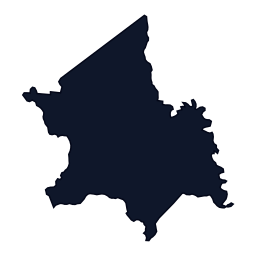 Fraiburgo, Santa Catarina, Brazil (Natural Earth projection)
{"feature_id": "56859067B37752043800288", "entity_name": "Fraiburgo", "entity_type": "district", "adm_level": 2, "iso_a3": "BRA", "parent_name": "Brazil", "parent_adm1": "Santa Catarina", "projection": "natural_earth1", "projection_center": [-50.848, -27.028], "detail": "fine", "context": "isolated", "style": "filled", "palette": "ink", "viewbox_px": 256, "rotation_deg": 0, "n_neighbors": 0, "source": "geoboundaries", "source_scale": "gbopen_adm2", "svg_char_len": 3635}
<svg xmlns="http://www.w3.org/2000/svg" viewBox="0 0 256 256"><path d="M226.5,181.1L224.9,180.2L222.4,180.0L219.5,178.7L218.6,174.5L220.9,172.9L223.6,172.1L223.2,169.0L220.8,167.4L218.4,166.4L216.4,165.4L215.5,162.8L213.2,160.9L211.8,158.2L211.1,155.5L212.1,153.4L214.0,153.5L214.2,150.9L215.9,152.0L217.5,153.3L218.5,150.4L216.3,148.1L216.3,145.3L213.9,143.7L212.8,140.9L213.2,136.8L212.9,134.1L212.0,132.4L210.0,133.2L207.5,132.6L205.8,131.7L204.1,130.9L201.9,130.0L203.1,127.9L205.6,127.0L208.1,126.5L210.1,126.0L210.7,123.8L211.3,121.3L209.3,119.9L207.0,119.8L205.1,119.3L203.6,118.2L202.6,116.6L201.4,114.7L203.0,111.7L204.9,110.4L204.9,108.3L202.6,107.0L200.1,107.4L198.6,108.3L196.9,109.5L194.9,108.7L195.9,106.8L195.9,104.1L194.9,101.6L193.3,99.6L191.6,100.3L192.2,103.0L193.0,105.8L191.4,106.8L189.7,106.4L187.9,104.4L185.7,102.9L182.9,102.6L184.4,104.6L184.8,106.8L182.8,106.5L180.9,106.8L181.9,109.6L179.5,110.4L177.1,111.1L178.1,114.0L175.7,115.9L172.9,117.1L170.7,117.6L170.1,115.0L170.2,112.5L171.2,110.2L173.1,109.2L172.4,106.7L170.2,105.2L167.8,105.0L165.0,105.0L162.6,104.5L162.7,101.3L160.4,101.0L157.4,100.5L158.0,98.0L157.9,95.0L157.9,91.9L156.8,90.3L155.3,88.6L153.9,85.9L151.9,84.5L151.8,82.3L151.1,80.4L150.8,78.1L150.9,74.9L150.6,71.9L152.0,70.0L151.1,66.4L149.9,63.7L148.3,62.8L146.7,61.6L145.2,59.6L144.9,57.1L144.0,54.7L143.2,52.2L143.8,49.6L145.1,47.8L146.1,44.9L147.0,42.1L148.3,40.4L148.4,37.8L147.0,35.5L146.4,32.3L147.6,29.8L147.8,27.1L147.5,24.8L147.1,22.7L146.8,20.5L146.5,16.7L144.4,15.4L60.8,78.4L58.8,81.7L60.1,84.4L62.1,86.7L60.5,92.9L50.5,91.8L50.5,94.7L37.1,93.6L36.3,90.9L34.7,87.9L32.5,87.3L30.5,89.3L30.1,93.0L27.0,92.9L24.2,92.9L22.8,95.0L24.9,97.8L27.1,100.8L29.5,101.5L32.3,100.1L35.7,101.9L36.7,105.4L39.4,106.9L41.2,108.4L42.7,110.3L43.9,112.5L43.7,114.8L43.2,116.7L43.5,118.8L44.6,121.1L45.2,123.6L46.5,125.4L47.9,127.1L48.2,129.3L48.7,132.3L49.8,134.1L52.0,134.6L54.7,134.0L56.9,134.8L58.1,136.9L59.8,135.7L62.3,135.2L64.4,135.6L66.8,135.7L68.3,137.8L70.0,141.1L71.0,145.0L70.9,148.1L70.3,150.9L68.8,154.3L69.1,157.8L69.2,161.0L69.4,163.6L68.5,166.5L67.3,168.7L65.3,170.3L64.1,172.1L61.9,172.8L60.7,175.5L61.8,177.8L60.2,179.6L57.7,178.8L55.9,181.4L56.1,185.4L53.7,187.2L50.5,187.3L47.6,188.0L45.6,189.8L46.2,192.1L46.6,194.2L49.2,195.7L50.7,199.6L53.7,207.4L55.5,205.2L58.2,204.1L60.1,203.4L62.2,203.5L64.7,204.2L66.9,204.2L69.4,203.4L72.6,204.3L75.1,204.4L77.2,203.6L80.2,203.3L82.1,201.2L84.1,198.9L85.6,196.2L87.7,194.2L89.9,193.5L94.0,194.0L96.8,194.6L99.0,194.2L101.8,193.8L104.8,194.2L107.6,195.7L109.6,197.4L111.7,198.1L113.7,198.0L115.4,198.4L117.8,197.5L119.5,198.2L121.2,198.8L123.2,199.5L125.1,201.5L126.1,203.3L126.5,205.7L127.1,209.3L127.9,212.0L126.3,213.3L127.3,215.0L129.2,217.2L131.4,219.9L133.8,221.2L136.0,219.7L138.0,219.6L139.7,220.1L141.4,221.6L143.6,222.0L144.2,224.4L146.2,226.5L145.6,229.0L145.6,231.3L143.7,233.2L145.7,234.7L146.7,237.8L146.0,240.4L148.9,240.6L150.8,238.0L152.7,236.7L154.9,234.5L156.6,231.4L156.1,229.1L155.7,226.5L155.1,223.6L159.1,217.9L173.5,203.1L182.2,193.2L184.1,193.1L186.5,194.5L189.7,194.7L192.0,194.0L194.1,194.6L196.1,195.5L197.9,196.8L200.8,196.3L204.2,195.7L206.8,195.7L209.4,194.7L211.1,196.0L212.8,198.8L213.9,202.2L215.4,203.6L217.1,205.6L219.4,207.2L222.1,207.7L224.3,207.8L226.2,206.6L224.1,205.7L221.7,204.8L222.8,203.0L224.4,201.0L225.9,199.1L226.6,197.0L227.1,194.2L226.5,191.4L223.7,190.7L221.2,189.2L220.1,187.5L220.7,185.4L222.0,183.1L225.2,182.7L226.5,181.1ZM226.2,206.6L228.0,206.9L230.9,206.3L233.2,204.1L231.2,203.0L229.4,204.3L227.7,204.9L226.2,206.6Z" fill="#0f172a" stroke="#020617" stroke-width="1.5"/></svg>